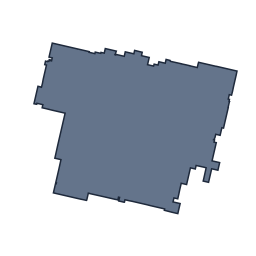 Moora, Western Australia, Australia, rotated 103°
{"feature_id": "25037944B54845573421137", "entity_name": "Moora", "entity_type": "district", "adm_level": 2, "iso_a3": "AUS", "parent_name": "Australia", "parent_adm1": "Western Australia", "projection": "albers", "projection_center": [116.192, -30.512], "detail": "fine", "context": "isolated", "style": "filled", "palette": "slate", "viewbox_px": 256, "rotation_deg": 103, "n_neighbors": 0, "source": "geoboundaries", "source_scale": "gbopen_adm2", "svg_char_len": 3035}
<svg xmlns="http://www.w3.org/2000/svg" viewBox="0 0 256 256"><g transform="rotate(103 128 128)"><path d="M48.0,40.0L48.0,54.5L48.0,55.5L48.0,55.8L48.1,56.0L48.1,59.3L48.1,69.9L48.1,74.0L49.7,74.1L53.5,74.1L53.5,81.9L53.4,81.9L53.4,86.3L53.5,90.4L53.4,90.4L53.5,101.7L52.7,102.2L52.6,106.3L56.5,106.3L56.5,108.4L56.5,112.8L59.9,112.9L59.9,116.9L61.9,117.0L61.9,123.2L54.5,123.2L54.5,131.1L51.0,131.2L50.9,139.0L54.4,139.0L54.4,147.8L59.0,147.8L59.0,156.3L59.6,156.4L59.6,156.9L59.4,156.9L59.5,157.0L59.4,157.2L59.2,157.1L58.9,157.0L58.6,157.0L57.8,156.9L55.7,156.7L55.7,164.0L55.7,168.0L60.4,168.0L60.4,171.3L61.4,171.3L61.4,177.0L63.0,177.0L63.0,183.0L62.3,183.0L62.3,191.0L62.3,194.7L62.4,194.8L62.3,195.0L62.3,195.5L62.3,200.1L62.3,203.6L62.3,203.9L62.3,212.8L62.3,214.7L62.3,214.9L62.3,216.3L62.3,220.2L62.3,220.9L72.5,220.9L76.7,220.9L76.7,217.6L79.8,217.6L79.8,218.9L79.1,218.9L79.1,220.1L80.8,220.1L80.8,221.2L81.4,221.2L81.4,222.3L81.4,223.4L85.0,223.4L85.0,221.6L92.2,221.6L99.4,221.6L103.8,221.4L107.8,221.5L107.8,222.5L107.6,222.6L107.6,225.1L110.4,225.1L113.9,225.1L117.6,225.1L118.1,225.1L122.1,225.1L125.5,225.1L125.5,223.5L125.4,223.5L125.4,222.3L124.4,222.3L124.4,221.1L124.4,216.2L127.6,216.2L127.6,212.1L127.7,205.9L127.7,200.3L127.7,192.6L134.7,192.6L134.9,192.6L135.3,192.6L138.1,192.6L139.9,192.6L142.0,192.6L143.5,192.6L153.3,192.6L156.2,192.6L157.3,192.6L160.3,192.6L169.9,192.5L171.5,192.5L173.9,192.5L173.9,191.3L173.9,186.2L183.3,186.1L186.4,186.1L187.6,186.1L189.7,186.1L195.3,186.1L197.5,186.1L197.5,185.4L198.5,185.4L198.5,186.1L200.4,186.1L208.0,186.1L208.0,184.8L208.0,184.6L208.0,183.5L208.0,182.6L208.0,172.9L208.0,169.6L208.0,163.9L208.0,158.6L207.9,155.4L207.9,152.4L207.9,152.2L207.6,152.0L207.4,152.0L204.7,152.0L202.1,152.0L200.4,152.0L200.4,150.8L200.5,150.8L200.4,134.1L200.4,127.6L200.4,127.4L200.4,126.6L200.4,124.4L200.3,122.2L200.3,121.9L200.4,121.7L197.5,121.7L197.5,120.6L201.2,120.6L201.2,115.1L201.1,114.8L198.6,114.8L198.6,114.7L198.6,113.0L198.6,110.2L198.5,107.7L198.5,105.3L198.5,105.2L198.5,100.6L198.5,93.1L198.5,92.2L198.6,88.6L198.6,80.6L198.6,74.1L200.0,74.1L200.2,66.2L200.2,60.2L198.3,60.2L197.5,60.2L197.2,60.2L197.0,60.3L196.8,60.3L196.5,60.2L193.2,60.2L189.9,60.2L189.9,60.5L189.9,64.0L189.9,67.5L185.8,67.5L185.8,63.6L181.3,63.6L176.6,63.7L169.9,63.7L169.9,58.2L167.3,58.2L157.2,58.2L152.8,58.2L152.8,54.7L152.8,53.2L149.2,53.2L149.1,44.9L149.2,42.9L159.5,42.8L162.8,42.8L162.8,42.7L162.8,37.3L160.3,37.3L159.1,37.3L148.9,37.3L148.9,30.9L148.4,30.9L147.9,30.9L146.4,30.9L141.1,30.9L141.1,38.7L140.9,38.7L138.2,38.7L130.2,38.7L124.3,38.7L122.4,38.7L122.4,41.0L120.1,41.0L120.1,41.8L119.8,41.6L117.7,41.1L114.4,41.1L114.4,36.6L110.6,36.6L106.6,36.6L106.6,34.9L98.2,34.9L97.6,34.9L97.3,34.9L96.6,34.9L88.5,34.9L85.6,34.9L85.6,35.1L79.7,35.1L79.4,35.0L79.3,35.3L79.3,35.5L77.3,35.6L77.3,35.8L77.3,36.0L77.3,36.4L77.3,36.5L77.3,36.8L75.9,36.8L72.7,36.8L72.7,34.5L68.6,34.4L63.8,34.5L52.1,34.5L48.0,34.6L48.0,40.0Z" fill="#64748b" stroke="#1e293b" stroke-width="1.5"/></g></svg>